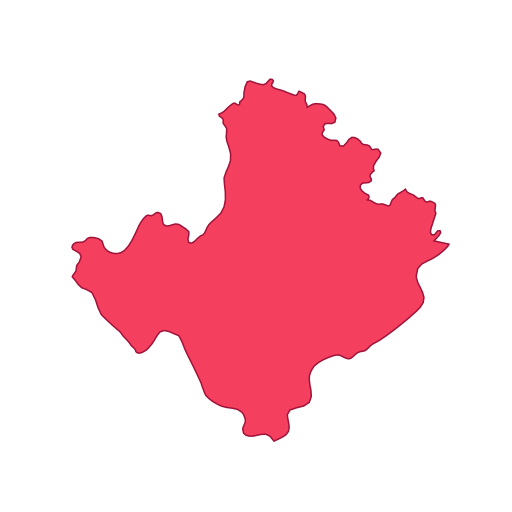 the State of Guanajuato, rotated 203°
{"feature_id": "MEX-2728", "entity_name": "Guanajuato", "entity_type": "State", "adm_level": 1, "iso_a3": "MEX", "parent_name": "Mexico", "parent_adm1": "", "projection": "natural_earth1", "projection_center": [-100.934, 20.889], "detail": "fine", "context": "isolated", "style": "filled", "palette": "rose", "viewbox_px": 512, "rotation_deg": 203, "n_neighbors": 0, "source": "natural_earth", "source_scale": "10m", "svg_char_len": 5717}
<svg xmlns="http://www.w3.org/2000/svg" viewBox="0 0 512 512"><g transform="rotate(203 256 256)"><path d="M417.0,165.0L416.9,167.4L416.3,169.6L415.9,171.7L416.4,174.0L417.2,176.4L417.2,178.0L416.8,179.4L416.3,181.6L416.7,187.0L419.2,189.4L423.0,190.2L427.3,190.6L428.9,192.3L429.0,194.6L428.1,196.8L426.4,198.5L424.6,199.3L422.8,200.1L421.2,201.0L419.8,202.3L418.8,204.1L418.3,205.7L417.4,207.1L415.5,208.5L411.8,209.8L407.5,210.4L403.6,209.6L400.9,206.5L399.2,204.7L397.1,203.5L394.9,202.8L392.6,202.4L388.8,202.6L384.9,203.9L381.6,206.3L379.2,209.8L377.3,215.5L376.3,221.8L375.9,228.1L375.7,234.3L375.6,238.3L375.1,242.4L374.2,246.4L372.8,250.0L371.5,251.3L370.2,251.7L368.9,251.9L367.6,252.5L366.5,253.8L365.7,255.4L364.8,256.8L363.4,257.8L360.3,257.8L358.1,255.7L356.3,252.7L354.5,249.9L354.1,249.5L353.7,249.2L353.3,249.0L352.9,248.8L350.1,248.6L347.6,250.0L345.3,252.0L343.0,253.8L340.2,254.8L337.4,254.7L334.5,254.1L331.5,253.6L327.3,252.1L326.0,248.9L325.4,245.2L323.3,242.2L320.3,242.6L318.3,245.5L316.7,249.3L315.1,252.5L313.0,254.9L312.3,257.4L312.2,260.3L312.1,263.6L311.6,266.5L310.6,269.2L309.4,271.8L308.1,274.4L305.1,281.7L304.6,288.7L306.1,295.7L309.2,302.8L310.9,305.9L312.7,309.0L314.3,312.1L315.9,315.4L316.4,321.7L316.3,327.9L316.8,333.9L319.1,339.7L319.6,340.5L320.2,341.3L320.7,342.1L321.3,342.8L324.1,346.3L327.2,349.7L329.8,353.5L331.3,357.9L332.8,361.9L335.5,363.7L338.1,365.3L339.6,369.0L341.3,369.8L343.0,370.1L344.6,370.6L345.6,372.1L343.3,374.5L342.0,376.5L341.1,378.6L339.9,381.5L339.1,383.2L337.9,385.6L336.5,387.7L335.1,388.5L334.3,388.3L333.1,388.1L331.9,388.0L331.0,388.3L330.4,389.4L330.6,390.2L331.0,390.9L331.2,391.4L330.6,392.5L329.9,394.1L329.3,395.9L329.3,397.7L330.9,401.7L332.2,407.7L332.1,413.0L329.7,414.8L326.3,415.0L322.8,415.2L319.4,415.7L316.1,416.6L314.1,418.7L313.1,421.8L312.1,424.3L309.9,424.9L308.4,424.0L308.3,422.4L308.6,420.5L308.0,418.6L305.8,417.8L302.4,417.8L298.8,418.3L296.4,418.6L293.9,418.7L291.3,418.7L288.8,418.8L286.2,418.9L283.3,419.0L281.8,419.5L281.2,421.1L280.8,424.5L277.4,424.4L274.8,424.1L273.0,422.7L271.8,419.3L270.9,417.4L269.5,416.2L268.1,415.0L266.9,412.9L264.7,416.0L262.7,418.2L260.3,419.7L257.0,420.8L254.6,421.5L252.2,421.7L249.8,421.3L247.4,420.3L243.9,418.9L239.7,417.1L236.4,414.2L235.7,410.0L238.0,407.5L241.4,406.2L244.2,404.7L244.7,401.3L244.1,400.7L243.5,400.0L242.9,399.3L242.5,398.6L242.8,397.1L243.0,395.7L242.9,394.4L242.3,393.2L239.2,392.0L235.6,391.6L232.0,391.9L228.9,393.2L226.9,393.9L225.1,393.3L223.4,391.9L222.0,390.2L218.5,391.3L217.0,395.1L216.0,399.6L214.1,402.7L211.3,403.6L208.2,403.5L205.1,402.5L202.6,400.9L200.7,400.6L198.9,401.1L197.2,401.6L195.2,401.7L194.0,401.3L192.8,400.5L191.8,399.7L191.0,399.3L189.6,399.8L188.2,400.7L186.8,401.6L185.2,401.9L181.4,399.5L181.2,395.2L182.5,390.1L183.0,385.4L182.8,384.3L182.4,383.2L181.9,382.2L181.2,381.4L180.6,380.5L180.9,379.9L181.4,379.3L181.7,378.5L181.9,377.5L182.3,376.6L182.6,375.6L182.4,374.4L181.6,373.1L180.6,372.4L179.7,371.7L179.3,370.1L180.9,367.7L183.6,366.2L186.2,364.8L187.6,362.4L186.8,359.4L184.1,357.5L180.9,356.4L178.2,356.1L176.4,356.0L175.3,355.1L174.8,353.4L175.4,351.2L172.6,351.9L167.5,351.2L164.5,351.2L163.2,351.7L160.3,353.2L159.0,353.5L154.2,353.7L153.1,354.1L152.5,355.5L152.5,357.2L152.6,359.0L152.6,360.6L152.1,362.2L150.8,364.5L150.6,365.9L149.7,368.5L145.8,373.6L144.6,375.9L142.3,374.1L139.7,373.6L134.7,373.6L130.6,372.5L129.2,372.3L128.0,372.7L126.6,374.3L125.2,374.7L124.5,374.3L122.2,372.7L120.8,372.3L119.4,372.7L117.7,374.3L116.3,374.7L112.8,374.5L111.1,373.8L110.2,371.7L109.0,367.6L108.4,366.8L107.7,366.3L107.1,365.4L105.7,349.7L104.7,345.9L102.5,344.2L100.0,345.3L98.6,350.1L96.5,351.2L95.1,349.6L95.7,346.0L98.0,339.5L83.0,342.3L83.3,339.6L85.7,333.8L88.6,328.3L92.4,322.8L96.5,318.1L100.3,313.4L102.2,307.8L100.8,300.8L100.6,300.3L100.4,299.7L100.1,299.2L99.9,298.7L96.5,294.6L92.5,291.2L88.6,287.7L85.2,283.5L83.9,278.4L84.8,272.9L86.9,267.6L89.2,262.8L89.6,261.8L90.1,260.9L90.5,259.9L91.0,258.9L92.4,256.1L93.9,253.3L95.4,250.5L96.9,247.6L100.9,240.4L105.1,233.3L109.5,226.5L114.5,220.1L115.3,218.7L116.0,217.2L116.6,215.6L117.2,214.0L118.6,211.5L120.6,210.0L122.8,208.6L124.7,206.7L125.8,204.8L126.7,202.8L127.7,200.8L128.7,198.9L130.6,197.5L133.4,197.1L136.4,197.2L138.7,197.4L140.8,197.2L142.8,196.5L144.7,195.3L146.5,193.9L150.4,190.2L153.8,186.5L156.9,182.3L159.5,177.3L160.1,174.0L160.4,170.7L160.1,167.3L159.2,164.1L156.3,158.8L152.9,153.7L150.2,148.3L149.8,142.0L153.4,136.6L159.4,132.1L164.5,127.6L165.2,122.2L163.1,118.6L160.7,115.1L158.6,111.4L157.6,107.3L158.5,103.3L161.2,99.3L164.4,95.6L167.1,92.6L172.8,95.6L177.3,95.8L181.7,93.7L186.9,90.0L187.2,89.8L187.5,89.6L187.9,89.3L188.2,89.1L191.7,87.6L195.2,87.1L198.3,88.1L200.6,91.5L201.0,93.9L200.9,96.4L201.0,98.9L201.9,101.2L203.2,102.8L204.7,104.4L206.4,105.8L208.1,106.7L213.1,107.6L218.5,106.6L223.9,105.1L229.1,104.3L233.7,104.5L238.6,105.1L243.4,106.3L247.8,108.1L250.2,110.3L252.5,112.7L254.8,115.2L257.0,117.7L263.7,123.8L270.4,129.7L277.3,135.6L284.1,141.5L287.0,144.4L289.9,147.4L293.0,150.2L296.1,152.5L300.9,152.4L306.3,152.5L311.2,151.6L314.6,148.8L315.6,145.6L316.3,141.8L316.8,137.8L317.5,134.3L318.2,132.1L318.9,129.9L319.7,127.7L320.8,125.7L321.9,124.3L323.2,122.7L324.7,121.5L326.2,120.7L328.3,120.6L329.4,121.3L330.2,122.3L331.3,123.1L333.0,123.8L334.4,124.2L335.8,124.8L337.5,125.9L340.1,127.4L342.8,128.6L345.6,129.8L348.3,131.1L349.9,132.2L351.6,133.1L353.4,133.7L355.2,134.2L360.0,135.8L364.8,137.5L369.5,139.2L374.3,141.1L374.7,141.3L375.0,141.4L375.3,141.6L375.7,141.8L381.1,146.6L386.7,153.0L392.7,158.2L398.9,158.9L404.2,158.7L408.6,160.4L412.6,162.8L417.0,165.0Z" fill="#f43f5e" stroke="#9f1239" stroke-width="1.5"/></g></svg>